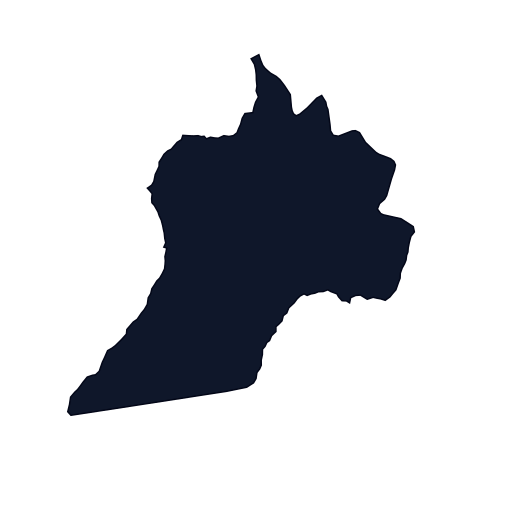 the district of Mortugaba, Bahia, Brazil, rotated 193°
{"feature_id": "56859067B4294097678896", "entity_name": "Mortugaba", "entity_type": "district", "adm_level": 2, "iso_a3": "BRA", "parent_name": "Brazil", "parent_adm1": "Bahia", "projection": "equal_earth", "projection_center": [-42.316, -14.969], "detail": "fine", "context": "isolated", "style": "filled", "palette": "ink", "viewbox_px": 512, "rotation_deg": 193, "n_neighbors": 0, "source": "geoboundaries", "source_scale": "gbopen_adm2", "svg_char_len": 2657}
<svg xmlns="http://www.w3.org/2000/svg" viewBox="0 0 512 512"><g transform="rotate(193 256 256)"><path d="M404.4,61.9L400.5,59.2L340.7,83.0L274.9,109.3L254.3,117.5L235.5,126.1L232.3,129.4L229.9,131.8L228.4,136.6L228.9,142.6L227.0,146.9L226.3,150.8L227.5,155.7L227.6,161.4L228.7,166.6L226.9,169.9L226.0,174.2L223.8,176.6L222.9,181.9L219.6,186.9L220.7,191.6L218.6,194.5L216.1,198.6L216.0,204.0L213.2,207.4L212.4,212.9L208.3,218.9L206.3,223.5L204.0,227.0L200.7,229.9L197.3,229.1L194.0,231.4L190.3,233.0L187.2,235.2L182.5,236.5L178.4,239.2L175.2,238.2L171.5,237.7L168.6,237.3L166.4,234.8L162.1,231.8L157.8,232.6L154.3,231.4L154.4,236.7L150.0,240.0L145.4,241.4L141.8,240.2L137.9,238.9L132.6,242.1L128.9,242.1L124.9,242.3L120.1,241.9L116.3,246.3L114.4,250.2L112.1,254.5L111.3,261.8L110.6,266.8L111.5,271.7L110.9,277.1L109.5,282.0L108.9,285.9L109.4,290.5L108.9,294.1L109.5,298.2L109.7,303.9L109.5,310.0L107.1,315.1L109.4,320.0L123.0,324.9L141.1,324.8L144.0,325.4L148.3,329.1L147.4,334.9L143.5,340.3L142.3,344.3L141.4,361.7L140.4,371.0L140.6,376.1L142.9,379.2L146.8,381.1L159.2,382.8L162.6,384.0L174.9,391.3L182.9,399.5L187.3,400.5L190.5,399.5L202.6,391.3L207.9,391.0L211.5,394.7L213.5,400.8L218.9,415.0L220.9,417.7L222.6,421.6L228.1,427.2L232.3,423.5L239.3,411.9L245.2,404.1L248.4,401.7L251.5,403.0L253.5,405.7L255.0,409.0L258.9,421.0L266.7,428.5L272.4,433.2L276.7,435.5L283.0,437.4L286.4,439.2L289.4,440.9L292.3,443.3L295.3,447.5L298.5,452.8L305.1,447.1L300.7,442.5L298.2,437.4L296.5,432.6L295.2,427.4L293.3,421.8L293.0,416.9L289.4,411.5L291.0,405.7L291.4,400.4L291.3,395.0L294.9,393.7L298.8,392.3L300.4,387.1L300.6,380.9L301.6,376.1L302.2,371.8L305.1,368.2L309.3,366.4L314.4,366.0L319.2,362.3L322.9,361.7L327.1,361.5L330.7,359.0L333.5,361.0L336.2,360.0L339.5,360.2L343.6,359.0L347.1,358.3L350.7,357.7L354.4,357.1L354.8,352.6L358.4,349.0L360.9,344.3L362.5,341.1L365.7,338.5L368.5,334.4L369.9,330.0L371.5,325.7L370.6,321.5L371.6,316.7L372.5,312.9L372.3,305.6L373.6,301.5L377.1,297.7L374.5,295.9L371.2,293.4L370.6,288.4L369.4,284.5L366.4,282.4L361.4,276.9L359.3,273.4L356.4,269.7L353.8,264.7L352.2,261.1L350.6,257.8L348.8,252.5L346.9,248.5L347.8,243.9L344.8,243.7L344.6,239.2L344.6,234.9L343.3,230.9L342.7,227.2L342.2,222.9L343.3,217.9L344.9,212.7L347.0,209.4L348.5,204.9L350.1,200.7L350.1,195.6L351.6,191.0L351.0,184.4L352.7,178.8L354.8,174.6L357.5,167.6L360.7,164.1L365.3,155.4L364.7,150.7L368.7,143.6L372.9,137.0L375.6,133.8L379.3,130.4L380.7,122.9L381.8,118.0L382.2,114.2L382.8,108.4L385.6,104.2L388.5,103.0L393.2,100.1L396.2,94.0L398.1,89.4L399.8,85.7L401.9,82.6L404.9,76.8L404.3,69.2L404.4,61.9Z" fill="#0f172a" stroke="#020617" stroke-width="1.5"/></g></svg>